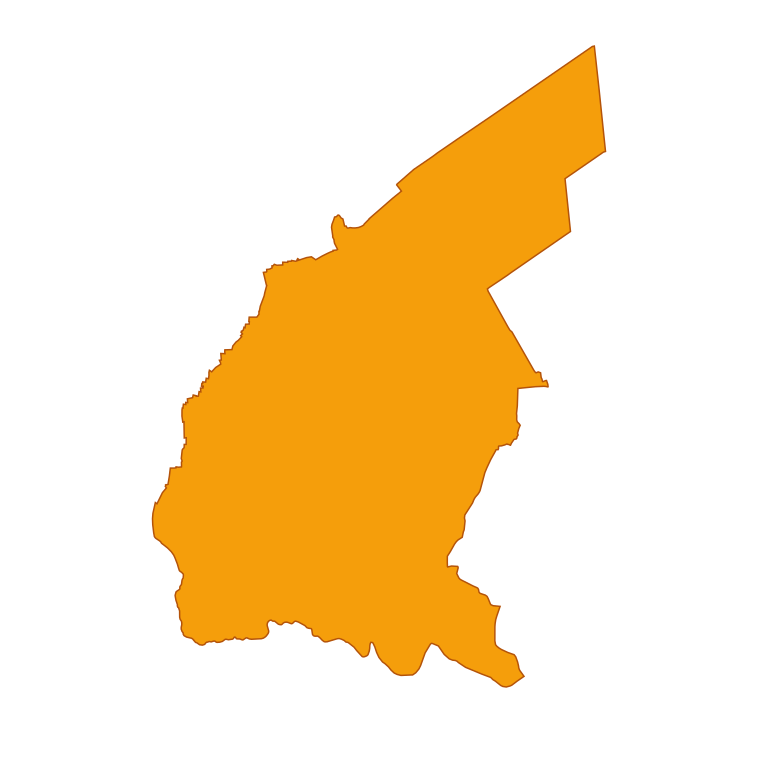 the district of Wihan Daeng, Saraburi, Thailand, rotated 174°
{"feature_id": "78962969B45095827197319", "entity_name": "Wihan Daeng", "entity_type": "district", "adm_level": 2, "iso_a3": "THA", "parent_name": "Thailand", "parent_adm1": "Saraburi", "projection": "robinson", "projection_center": [100.989, 14.34], "detail": "fine", "context": "isolated", "style": "filled", "palette": "amber", "viewbox_px": 768, "rotation_deg": 174, "n_neighbors": 0, "source": "geoboundaries", "source_scale": "gbopen_adm2", "svg_char_len": 6146}
<svg xmlns="http://www.w3.org/2000/svg" viewBox="0 0 768 768"><g transform="rotate(174 384 384)"><path d="M600.1,149.1L598.4,146.7L597.2,146.2L594.7,144.0L592.0,143.3L590.2,143.6L589.3,144.0L588.4,145.1L587.2,145.8L586.4,145.7L584.9,146.2L582.8,145.6L580.4,146.1L579.3,146.0L578.8,145.8L578.0,144.9L577.1,144.5L574.3,144.4L571.6,144.9L568.6,146.7L567.5,146.6L565.4,145.9L561.2,146.1L560.4,146.6L559.4,147.8L558.9,147.9L558.1,147.5L557.5,146.2L556.9,145.9L554.1,145.5L551.7,144.3L550.8,144.3L548.0,145.8L546.9,145.9L544.5,144.5L542.5,144.0L532.5,143.5L530.4,143.9L528.5,144.9L527.3,145.8L525.4,147.9L524.7,149.2L524.5,150.4L525.4,155.8L525.4,156.8L524.9,158.5L524.3,159.4L522.9,160.6L522.1,160.9L521.0,161.0L519.4,159.8L517.5,159.5L514.2,156.2L513.1,155.7L511.8,155.4L511.0,155.4L510.5,155.7L509.0,156.9L507.6,157.4L506.7,157.4L505.6,157.3L504.4,156.9L501.3,155.3L500.5,155.3L499.4,155.9L497.8,157.2L496.7,157.4L494.1,156.3L487.9,152.0L486.1,149.7L484.6,149.0L481.9,148.3L481.5,147.5L481.3,142.6L480.9,141.7L480.4,141.0L479.0,140.4L476.4,140.2L476.0,140.0L474.5,138.6L472.2,135.6L470.6,134.1L469.6,133.7L467.5,133.6L457.5,135.5L456.1,135.6L454.7,135.4L452.9,134.6L450.4,133.1L448.9,131.4L446.7,130.7L441.3,125.4L439.0,121.7L434.3,115.3L433.3,114.8L431.9,114.8L430.0,115.3L429.0,115.8L428.2,116.5L426.6,119.9L425.9,122.4L425.4,125.6L424.8,127.4L424.0,128.5L422.6,128.1L422.0,127.5L420.6,123.4L419.4,117.8L417.6,112.6L415.4,109.1L414.5,107.7L412.2,105.7L409.1,102.2L406.9,98.7L404.1,95.5L401.3,93.8L397.6,92.4L385.9,91.7L382.6,93.5L379.1,96.9L377.0,100.2L371.2,112.3L365.1,120.4L364.0,121.1L362.8,120.8L357.3,117.8L352.4,108.8L347.8,103.8L344.7,102.2L342.0,101.6L340.4,100.7L339.1,99.2L332.5,93.7L317.1,85.3L308.5,81.0L306.6,78.6L304.4,76.9L299.4,72.0L297.5,70.8L294.1,69.9L290.2,70.5L288.4,71.1L282.8,74.5L275.3,78.6L279.0,85.1L279.6,87.3L279.7,89.7L280.2,93.6L281.5,98.9L282.9,101.2L289.0,104.1L295.0,107.7L297.2,109.4L299.2,111.4L300.3,113.1L300.6,117.0L299.1,130.9L298.6,133.8L297.5,138.0L296.1,141.4L291.8,150.7L298.6,152.1L300.6,153.2L301.2,154.1L302.8,159.7L303.7,162.0L305.2,163.4L310.4,165.8L311.3,167.2L311.5,169.8L312.0,171.0L312.8,171.7L316.5,173.8L327.5,180.9L329.1,182.2L329.9,183.5L331.5,187.9L329.5,193.3L329.5,194.2L329.8,194.9L335.9,195.9L339.8,195.4L340.0,195.7L339.7,200.0L339.0,206.1L335.4,210.6L330.5,217.5L328.5,219.7L326.6,221.2L322.2,223.4L320.6,228.5L319.6,230.5L319.4,231.2L317.7,239.4L318.0,242.3L317.3,245.3L308.4,256.4L306.7,259.6L305.2,261.7L301.9,264.8L300.3,266.8L299.5,268.2L293.0,285.2L290.4,290.0L285.7,297.8L280.0,305.9L279.9,306.4L279.3,306.9L277.4,306.8L276.9,307.8L276.6,310.0L276.2,310.3L273.6,310.2L270.2,310.8L268.0,311.5L267.2,311.0L266.0,310.7L265.0,310.0L264.6,309.9L263.3,312.0L260.6,315.2L260.2,315.4L258.3,315.5L257.5,316.4L257.2,317.8L256.2,318.8L256.0,319.3L256.3,321.2L254.6,325.6L252.9,328.7L253.6,330.1L255.4,332.4L255.8,334.4L255.3,338.4L255.3,340.8L253.7,348.3L251.3,365.6L233.6,365.5L225.3,365.0L223.6,364.7L221.4,364.0L221.1,364.1L221.1,366.5L222.0,370.5L222.4,370.6L225.8,369.7L226.1,369.9L226.4,372.4L227.0,374.0L227.1,378.8L229.4,379.9L231.3,379.3L231.7,379.3L232.7,380.4L233.5,381.9L251.3,422.4L253.2,424.4L255.0,428.3L270.8,465.5L271.2,467.8L269.4,468.9L249.6,479.4L246.2,481.4L182.6,516.2L182.5,569.3L141.5,591.7L139.4,592.1L139.3,653.3L139.5,698.1L141.5,697.9L249.6,639.0L285.6,619.7L306.8,608.2L311.8,605.2L331.9,594.3L350.2,581.4L350.6,580.7L346.5,574.0L356.0,567.8L381.5,549.9L381.4,549.7L386.9,545.2L387.7,544.1L390.3,543.0L393.1,542.3L396.4,542.2L398.9,542.5L401.4,543.1L403.2,542.8L404.0,542.9L404.6,543.5L405.1,545.0L406.7,545.2L407.6,552.4L409.3,553.6L410.8,556.3L411.8,556.8L412.4,556.7L413.8,555.4L415.7,555.2L416.9,552.4L419.0,548.3L419.8,545.4L419.5,536.5L419.7,535.6L418.6,532.6L418.7,531.6L418.5,529.1L416.1,522.8L417.1,522.2L420.7,522.2L420.7,521.5L423.3,520.9L426.6,519.8L432.2,517.7L438.9,514.7L442.9,518.1L447.8,517.8L456.5,515.9L455.9,517.0L456.7,517.7L457.4,516.9L457.9,515.6L459.0,515.3L463.0,516.5L463.2,515.8L466.8,516.1L467.0,515.1L472.0,515.7L472.3,513.0L478.1,513.3L480.6,514.5L481.9,513.2L483.1,513.2L483.2,511.2L485.8,510.2L488.7,510.2L488.8,508.3L489.0,507.9L489.5,507.6L490.6,507.7L492.3,507.6L490.6,494.6L490.3,494.4L493.0,487.3L494.0,484.1L498.9,474.3L500.4,469.3L500.8,469.3L501.1,466.4L503.5,463.8L511.1,464.6L511.9,460.3L511.4,460.1L511.8,457.7L515.4,457.9L516.3,454.5L517.3,455.1L518.1,453.0L518.5,452.2L520.0,451.5L519.7,451.3L520.7,450.3L519.5,448.6L521.5,447.1L520.6,445.9L524.4,442.6L526.8,441.2L530.4,437.6L531.6,434.1L538.7,434.6L539.0,432.7L539.0,430.8L543.1,431.4L543.3,424.9L545.2,424.8L544.4,422.5L544.3,420.8L549.7,418.0L554.1,414.1L556.2,415.9L556.9,413.9L557.2,410.8L558.0,407.6L560.2,408.3L561.2,404.5L564.0,405.0L564.3,403.5L565.1,403.6L565.7,400.9L564.0,400.8L564.0,400.2L564.6,400.1L564.5,399.0L566.9,399.1L567.0,395.3L568.7,395.8L569.9,391.3L571.9,391.4L571.8,391.9L574.9,393.0L575.8,390.4L581.1,389.8L581.2,386.0L583.1,386.4L583.3,384.3L585.6,384.9L586.5,381.0L587.1,381.2L587.6,379.4L588.3,373.2L588.1,367.1L586.9,367.3L588.3,351.2L586.3,351.2L587.1,344.6L589.0,344.8L589.4,341.6L591.1,340.2L591.6,339.4L593.4,331.1L592.9,328.8L593.0,328.0L593.6,327.5L593.9,323.8L594.1,322.7L596.9,322.7L599.4,323.3L599.4,322.5L601.1,322.3L605.3,322.7L607.1,314.8L609.1,307.6L609.2,306.8L610.5,306.5L611.3,306.7L611.8,306.5L611.8,305.7L612.2,305.0L611.3,303.4L615.7,299.1L622.3,288.6L623.8,290.0L627.3,279.6L628.3,274.3L628.7,268.3L628.6,260.0L628.3,256.3L627.7,255.2L627.0,254.3L623.5,251.4L622.6,250.4L621.9,248.9L616.5,243.7L613.1,239.5L611.0,235.8L610.0,232.8L608.3,226.5L607.5,222.0L607.0,219.8L606.3,218.9L605.0,217.9L603.5,215.9L603.5,214.8L604.0,212.1L604.9,211.0L605.4,209.9L606.4,205.8L607.8,204.3L608.3,203.4L608.4,201.6L609.7,200.6L611.2,199.9L612.6,198.9L613.8,195.7L613.8,194.3L613.5,190.6L612.5,186.0L612.7,185.2L612.6,184.2L612.4,183.6L611.7,182.9L611.0,179.7L611.6,173.3L611.3,171.2L610.3,169.4L610.1,167.7L610.3,165.7L611.1,163.2L611.3,161.4L610.7,159.0L609.8,157.6L609.8,156.1L609.2,154.7L608.2,153.9L606.7,152.9L602.1,151.3L601.1,150.6L600.0,149.2L600.1,149.1Z" fill="#f59e0b" stroke="#b45309" stroke-width="1.5"/></g></svg>